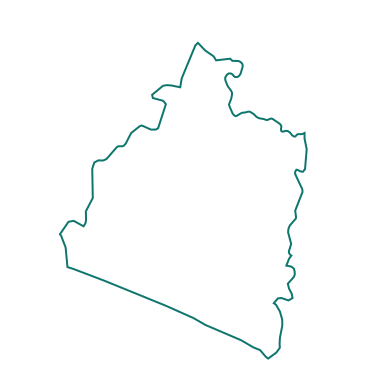 the Metropolitan department of Landes, rotated 282°
{"feature_id": "FRA-5313", "entity_name": "Landes", "entity_type": "Metropolitan department", "adm_level": 1, "iso_a3": "FRA", "parent_name": "France", "parent_adm1": "", "projection": "equal_earth", "projection_center": [-0.514, 44.01], "detail": "fine", "context": "isolated", "style": "outline", "palette": "teal", "viewbox_px": 384, "rotation_deg": 282, "n_neighbors": 0, "source": "natural_earth", "source_scale": "10m", "svg_char_len": 2134}
<svg xmlns="http://www.w3.org/2000/svg" viewBox="0 0 384 384"><g transform="rotate(282 192 192)"><path d="M44.9,301.1L46.2,298.4L51.5,291.5L52.8,284.2L57.2,270.9L64.7,232.9L69.0,219.6L75.4,189.5L87.1,124.1L92.1,91.7L92.7,85.8L111.5,79.9L122.1,73.0L123.2,71.6L137.2,77.4L139.2,82.3L135.9,93.1L139.1,94.2L142.1,94.3L151.1,92.2L165.5,96.2L194.0,89.6L200.5,90.3L203.4,93.7L204.4,98.7L206.5,101.5L220.5,109.3L221.4,110.5L222.2,114.2L222.9,115.5L225.5,117.1L237.0,120.2L245.5,127.2L246.6,129.1L244.5,139.0L245.6,143.7L247.4,145.6L272.5,148.2L275.2,144.9L275.8,134.2L278.8,132.8L289.9,141.6L291.4,145.6L291.9,149.8L292.0,158.7L300.9,158.3L336.1,164.8L339.1,166.8L333.2,175.4L329.1,185.1L325.8,188.2L330.3,201.6L328.7,204.2L329.8,210.1L329.4,212.1L328.2,214.2L326.6,215.2L325.0,215.5L318.8,215.0L317.4,214.8L316.0,214.2L315.1,213.7L314.3,212.9L313.6,211.6L313.5,210.2L313.9,209.0L315.4,207.2L315.9,206.0L315.9,204.8L315.7,203.5L314.8,202.4L313.5,201.6L310.8,200.7L309.0,201.1L307.2,202.0L302.8,205.1L299.3,209.1L297.3,210.6L295.1,210.9L291.7,211.0L285.3,210.0L283.2,211.1L277.1,215.5L275.6,217.5L275.3,219.1L276.4,220.6L279.1,223.4L280.0,224.8L280.9,227.6L281.7,229.1L282.4,230.7L282.5,232.2L281.1,236.1L279.1,239.1L278.3,241.2L278.1,243.1L278.3,246.8L278.0,248.9L278.0,250.5L278.8,251.8L279.8,253.1L280.4,254.6L280.1,256.0L276.8,263.9L275.6,265.3L274.7,265.8L271.9,265.9L270.2,266.7L269.8,267.9L270.4,269.4L271.4,271.0L271.5,273.0L270.5,275.5L268.3,278.2L267.5,280.1L267.7,281.4L270.3,283.1L270.8,284.3L271.3,287.0L271.8,288.2L273.1,289.8L267.6,291.0L257.7,295.3L237.8,297.8L234.8,296.2L234.7,293.5L235.5,291.2L235.5,289.5L233.1,288.7L231.0,289.2L217.5,299.4L214.9,300.1L195.3,296.8L189.4,298.9L187.6,299.1L179.5,294.6L176.0,294.0L172.5,294.4L161.8,299.8L154.1,299.1L152.2,299.8L150.3,302.1L150.3,302.3L146.9,300.8L139.6,299.6L139.7,304.7L138.3,307.5L135.7,308.9L132.5,309.7L129.9,309.2L122.2,304.8L117.7,307.0L113.2,310.7L109.2,312.4L106.0,308.9L106.9,301.5L105.8,298.2L100.3,295.1L99.2,297.6L93.3,302.9L85.9,306.8L80.1,308.1L68.0,308.3L61.9,309.2L57.9,310.3L52.5,307.9L44.9,301.1Z" fill="none" stroke="#0f766e" stroke-width="2"/></g></svg>